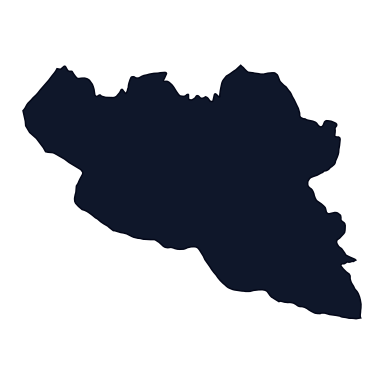 the district of Gheleb, Anseba, Eritrea
{"feature_id": "51966322B69087636550034", "entity_name": "Gheleb", "entity_type": "district", "adm_level": 2, "iso_a3": "ERI", "parent_name": "Eritrea", "parent_adm1": "Anseba", "projection": "natural_earth1", "projection_center": [38.736, 15.796], "detail": "fine", "context": "isolated", "style": "filled", "palette": "ink", "viewbox_px": 384, "rotation_deg": 0, "n_neighbors": 0, "source": "geoboundaries", "source_scale": "gbopen_adm2", "svg_char_len": 5870}
<svg xmlns="http://www.w3.org/2000/svg" viewBox="0 0 384 384"><path d="M360.7,317.9L360.4,317.3L360.2,315.9L360.2,314.9L360.3,314.0L360.5,312.2L360.6,310.3L360.9,308.0L361.0,304.2L360.3,300.0L359.5,296.9L358.4,294.0L357.6,292.5L356.9,291.4L354.9,289.1L354.3,288.0L353.7,286.6L351.5,283.0L350.8,281.3L350.1,278.7L350.1,275.9L349.2,274.1L346.2,271.9L343.2,268.9L341.9,267.2L341.4,266.7L340.9,265.8L340.9,265.1L341.1,264.5L341.7,264.0L342.5,263.7L343.4,263.8L344.2,263.7L344.7,263.5L347.2,261.9L349.0,262.2L350.3,262.0L352.1,261.3L353.1,261.5L353.6,261.4L354.6,260.7L355.8,260.1L355.3,259.6L354.7,259.2L349.4,256.9L346.2,255.3L345.4,254.4L344.8,253.2L342.2,249.5L341.5,248.6L339.4,247.2L338.4,246.1L337.3,244.3L336.7,243.0L336.6,241.9L336.7,240.9L337.2,239.8L339.6,238.1L343.7,233.7L344.6,232.4L345.0,230.3L345.1,228.3L345.2,225.6L344.8,223.8L344.1,222.8L341.6,220.9L341.2,220.4L340.9,219.6L340.9,217.3L340.6,215.6L340.2,215.0L337.6,213.0L336.3,212.6L334.8,212.5L329.1,213.8L328.1,213.7L326.7,212.7L326.3,211.9L325.6,208.9L325.1,207.5L323.6,205.9L321.3,203.9L317.1,201.0L316.1,199.9L315.1,197.9L314.3,195.7L313.8,193.5L313.0,191.5L312.1,189.9L311.1,188.8L310.6,188.6L308.7,186.9L308.3,186.3L307.8,185.3L307.7,184.3L307.7,182.4L308.0,181.0L309.5,178.6L310.3,177.9L310.8,177.5L313.5,176.4L317.1,175.2L321.1,173.0L322.2,172.6L323.3,171.8L324.4,170.7L324.9,170.9L325.5,170.8L326.4,170.6L327.8,169.9L328.9,169.1L330.3,167.5L331.7,166.6L333.9,164.7L334.6,163.9L335.0,163.1L335.2,162.6L335.5,161.0L337.2,157.1L338.1,154.6L338.6,152.5L338.8,149.5L339.5,145.5L340.1,139.7L340.0,138.6L339.7,137.8L339.3,137.5L338.5,137.0L337.0,137.0L335.7,136.8L334.9,136.2L334.7,135.6L335.1,132.2L335.2,130.1L334.9,128.7L335.7,126.9L336.6,125.8L336.7,124.8L336.6,124.2L335.9,123.4L335.4,123.1L333.7,122.3L331.8,121.5L330.9,121.2L328.2,120.8L326.6,120.7L325.8,120.9L325.2,121.3L324.5,122.0L323.2,125.2L322.5,126.2L321.7,126.7L321.0,126.9L320.5,126.9L319.9,126.7L318.6,125.8L317.9,125.0L316.6,123.2L315.5,122.3L312.8,121.2L307.5,120.1L306.0,119.5L305.0,118.9L303.5,118.8L301.6,118.0L300.9,117.6L300.3,117.0L299.8,116.1L299.7,115.5L299.6,113.0L298.3,108.4L297.2,106.2L294.2,99.9L292.2,96.4L291.3,94.3L290.2,92.3L288.5,90.3L286.1,87.0L283.7,85.2L281.0,82.5L280.1,81.5L279.7,80.8L277.9,76.1L277.3,74.9L275.6,73.5L274.8,73.0L274.0,72.8L272.3,72.8L267.9,73.2L263.4,74.2L260.3,74.1L258.6,73.7L254.6,73.2L252.9,72.8L248.5,72.3L247.8,72.0L246.6,71.1L244.6,69.1L243.3,67.6L241.9,66.5L240.7,65.3L235.9,69.8L233.7,71.2L229.7,74.1L226.4,76.1L223.6,79.6L222.7,81.0L222.1,82.4L221.7,83.8L220.8,88.1L220.3,90.9L219.8,95.0L219.8,96.5L219.5,97.0L218.7,96.8L217.5,95.5L215.7,93.9L215.0,93.9L214.5,94.4L214.3,95.0L213.1,100.4L212.9,101.0L212.5,101.4L211.8,101.6L210.0,101.1L207.9,98.2L206.6,97.2L206.1,97.1L205.6,96.8L204.1,97.7L203.1,98.2L201.1,98.3L200.3,97.9L198.9,96.4L198.1,95.8L197.7,95.7L196.9,95.7L196.3,96.1L195.1,97.9L193.3,99.2L191.6,100.0L189.7,99.8L189.1,99.6L188.8,99.1L188.5,98.1L188.5,94.8L188.2,94.4L187.6,94.4L186.8,94.7L185.7,95.7L184.7,96.2L183.3,96.4L180.4,96.0L179.9,95.8L178.9,94.9L178.3,94.2L176.4,91.5L173.8,87.3L173.0,86.2L171.8,84.7L169.2,82.4L167.7,81.5L166.8,81.3L164.3,81.4L163.9,81.3L163.5,81.0L163.4,80.4L163.5,79.9L164.3,78.6L166.5,73.7L166.3,73.0L165.8,72.6L165.1,72.4L160.7,72.7L157.8,73.2L153.7,73.4L149.3,74.2L146.9,74.9L143.9,75.5L141.9,76.3L139.2,77.8L138.0,78.1L136.1,78.0L135.4,77.7L134.2,76.9L133.2,76.7L131.8,76.9L131.1,77.4L130.0,79.9L129.5,81.5L129.0,83.0L128.5,85.2L128.3,87.6L127.7,89.1L127.4,90.7L126.4,92.9L125.8,93.5L125.3,93.2L123.6,91.2L122.5,89.6L122.2,89.4L121.7,89.4L121.2,89.7L119.7,92.6L116.4,96.5L114.3,97.5L112.7,97.6L105.7,97.4L102.1,96.4L101.1,95.9L100.2,95.0L99.4,95.0L98.7,95.4L97.4,96.3L96.7,96.5L96.1,96.3L95.6,96.0L95.1,95.4L94.8,94.8L94.0,89.4L93.2,86.6L92.3,84.3L89.5,80.4L88.7,79.7L87.1,78.8L85.0,78.2L84.2,78.1L81.4,78.2L78.5,78.6L77.0,78.2L75.4,76.4L73.7,74.1L72.1,71.5L71.6,71.3L69.5,71.3L68.5,71.1L68.1,70.8L67.2,69.7L65.6,66.8L65.3,66.4L64.5,66.2L64.0,66.4L61.2,68.8L60.4,69.3L57.0,68.7L55.9,70.8L54.5,72.8L52.0,75.9L48.7,80.3L40.4,89.8L37.9,93.0L36.1,95.0L33.0,97.9L31.2,100.0L28.0,103.2L26.8,104.9L25.2,107.9L24.1,109.5L23.0,110.7L25.3,121.1L25.7,125.8L29.7,132.5L36.4,138.4L43.4,147.7L45.6,151.7L47.8,152.2L49.8,152.4L52.5,152.6L53.5,152.9L54.5,153.3L64.5,159.0L69.1,162.5L80.2,169.2L81.0,169.8L82.4,171.7L82.8,172.4L82.8,173.2L82.5,174.4L80.0,179.0L79.0,181.1L78.0,183.5L76.4,186.0L75.9,192.3L75.2,194.9L74.6,198.1L74.6,199.5L74.8,201.4L75.6,203.2L76.3,204.0L78.5,206.4L82.1,209.5L84.7,210.3L85.5,210.7L87.0,211.4L89.0,212.7L91.6,214.6L95.5,217.8L97.5,218.9L100.7,221.7L103.8,223.8L107.8,226.1L109.2,227.4L113.3,230.6L114.8,230.7L120.7,232.5L123.3,232.9L126.7,233.8L131.8,236.4L133.7,237.2L137.9,238.2L140.2,238.4L143.3,239.2L145.5,239.3L150.8,239.6L154.5,239.6L155.7,240.1L157.8,241.5L159.1,242.3L163.4,246.3L165.0,247.2L165.8,247.4L167.6,247.7L168.9,247.6L170.0,247.4L171.3,247.4L173.3,247.9L174.8,248.5L177.2,249.1L179.8,249.3L183.8,249.1L185.6,248.5L187.5,247.6L191.1,246.8L193.9,246.7L195.3,246.8L196.4,247.1L197.4,247.6L198.4,248.5L199.6,250.1L203.3,256.0L205.0,259.7L209.8,266.5L211.7,269.5L213.8,272.3L216.2,275.1L217.9,277.6L220.2,280.4L222.9,283.1L226.9,286.6L228.3,287.6L229.8,288.3L232.8,289.5L234.5,289.9L241.9,291.0L243.8,291.1L245.7,291.4L248.5,291.4L250.2,291.3L253.5,290.4L258.6,289.8L262.4,289.7L264.5,290.1L265.1,290.2L266.8,291.1L267.4,291.7L270.0,295.4L271.5,297.0L278.9,301.6L280.4,301.1L282.2,301.5L284.3,302.1L287.8,302.5L289.8,302.4L291.5,302.6L293.6,303.1L295.9,304.4L297.8,305.8L299.2,306.4L300.9,306.6L302.2,306.6L304.7,307.3L307.2,308.6L308.8,309.8L311.3,311.3L314.5,312.9L315.4,313.2L317.7,313.5L320.1,313.6L321.6,313.0L324.9,313.1L329.6,314.5L336.4,315.4L340.1,316.1L341.1,316.7L342.3,317.0L346.0,317.5L349.1,318.2L352.9,318.3L356.1,318.7L360.7,317.9Z" fill="#0f172a" stroke="#020617" stroke-width="1.5"/></svg>